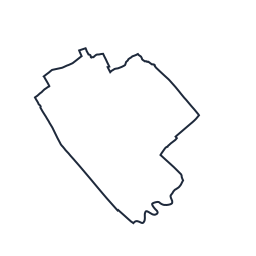 the district of Suceveni, Galati, Romania, rotated 63°
{"feature_id": "2599482B11072289553069", "entity_name": "Suceveni", "entity_type": "district", "adm_level": 2, "iso_a3": "ROU", "parent_name": "Romania", "parent_adm1": "Galati", "projection": "natural_earth1", "projection_center": [28.039, 45.986], "detail": "fine", "context": "isolated", "style": "outline", "palette": "slate", "viewbox_px": 256, "rotation_deg": 63, "n_neighbors": 0, "source": "geoboundaries", "source_scale": "gbopen_adm2", "svg_char_len": 4750}
<svg xmlns="http://www.w3.org/2000/svg" viewBox="0 0 256 256"><g transform="rotate(63 128 128)"><path d="M66.6,85.6L66.6,85.8L66.5,86.0L66.6,87.2L66.6,87.7L66.5,88.2L66.5,88.7L66.2,91.2L66.1,91.5L66.2,91.9L66.3,92.2L66.5,93.3L66.6,93.6L66.6,93.8L66.6,94.6L66.7,95.1L66.8,96.0L67.0,96.6L67.7,97.5L68.3,99.7L68.9,100.3L70.4,101.8L70.6,102.2L70.7,103.2L70.7,105.6L70.6,107.0L70.4,108.7L70.3,109.8L69.6,111.9L69.3,113.2L69.5,114.8L69.6,116.8L70.2,118.5L64.5,118.5L64.8,116.8L59.5,116.7L56.8,116.6L53.2,116.6L50.6,116.5L50.2,117.5L49.9,118.3L49.4,120.2L49.2,120.8L48.9,121.3L48.5,122.3L48.4,122.7L48.4,123.1L48.5,123.9L48.6,124.3L48.8,125.4L49.2,126.4L49.2,126.7L49.0,127.1L48.6,127.7L48.5,127.9L48.6,128.3L48.6,128.6L48.4,128.7L48.2,128.9L47.7,128.9L46.7,128.5L46.2,128.5L45.6,128.7L45.1,129.1L44.8,129.5L44.6,129.8L43.3,129.8L40.5,129.9L39.4,129.7L38.1,129.6L37.7,129.6L37.6,130.2L36.7,136.3L37.6,136.4L38.9,136.5L39.3,136.5L40.6,136.6L40.9,136.6L42.3,136.7L42.9,136.7L44.3,143.7L45.0,147.4L45.1,148.0L44.9,152.2L44.9,152.4L44.9,152.6L44.8,153.0L44.7,153.4L44.6,155.4L44.5,158.3L44.4,159.0L44.4,159.4L42.7,165.8L41.9,168.8L41.8,169.3L41.8,169.5L42.4,172.4L42.5,172.5L43.1,176.0L43.8,179.6L44.1,179.5L46.7,179.4L51.8,179.1L55.0,179.1L55.2,179.6L55.2,179.8L55.1,180.6L55.3,182.1L55.4,182.7L55.6,184.1L55.6,184.7L56.1,186.4L56.4,187.4L56.9,188.8L57.1,190.4L58.1,194.1L58.5,197.0L59.5,197.0L61.2,196.9L63.6,196.7L65.6,196.7L66.1,196.8L66.4,196.8L66.9,196.6L67.4,196.3L68.1,196.1L69.1,196.0L70.0,196.8L74.3,196.6L75.5,196.5L78.8,196.2L80.6,196.0L82.7,195.9L86.3,195.6L86.7,195.6L86.8,195.6L87.5,195.6L88.0,195.6L90.4,195.4L93.3,195.2L105.2,195.4L110.0,195.3L110.9,195.3L112.1,195.3L113.7,195.0L115.0,194.6L116.4,194.3L117.7,194.0L119.0,193.8L120.8,193.3L123.9,192.4L124.5,192.3L127.1,191.7L131.6,190.5L132.9,190.2L138.8,188.7L155.7,184.7L168.0,181.9L168.4,181.8L174.9,180.3L181.5,178.7L188.0,177.0L196.8,174.7L196.6,174.0L204.8,170.8L208.2,169.5L212.8,167.7L214.0,167.0L215.2,166.4L214.9,165.7L214.7,164.8L214.6,164.4L214.6,163.8L214.7,163.1L214.9,162.6L215.1,162.2L215.6,161.6L216.0,161.2L216.6,160.6L217.2,160.1L217.8,159.7L218.4,159.2L218.9,158.7L219.1,158.5L219.2,158.0L219.3,157.6L219.2,157.1L219.0,156.7L218.6,156.2L218.3,155.6L218.0,155.3L217.5,154.9L216.8,154.4L216.3,154.1L215.6,153.7L214.9,153.4L214.1,153.0L213.3,152.6L212.5,152.2L211.9,151.8L211.6,151.5L211.3,151.2L211.0,150.9L210.7,150.5L210.5,150.2L210.4,149.8L210.6,149.2L210.9,148.8L211.2,148.6L211.5,148.3L212.0,148.0L212.5,147.6L213.1,147.3L213.7,146.9L214.3,146.5L215.0,146.1L215.6,145.7L216.0,145.4L216.4,145.0L216.7,144.7L216.9,144.3L217.2,144.0L217.4,143.5L217.5,143.2L217.6,142.8L217.6,141.9L217.6,141.5L217.5,140.9L217.3,140.6L217.1,140.3L216.8,140.0L216.5,139.9L216.1,139.8L215.5,139.8L215.0,139.8L214.4,140.0L213.7,140.2L212.9,140.5L212.1,140.7L211.2,140.9L210.3,141.1L209.4,141.2L208.6,141.3L207.9,141.3L207.3,141.2L206.9,141.1L206.5,140.8L206.4,140.4L206.3,140.0L206.4,139.0L206.4,138.5L206.6,137.6L206.8,136.7L207.0,136.1L207.2,135.4L207.5,134.9L207.8,134.4L208.3,134.0L208.6,133.8L209.2,133.6L209.9,133.3L210.3,133.0L210.9,132.7L211.6,132.1L212.3,131.5L212.8,130.9L213.1,130.5L213.4,129.9L213.7,129.3L214.1,128.6L214.3,128.0L214.6,127.3L214.8,126.6L215.1,125.4L215.2,124.7L215.2,124.2L215.2,123.7L215.1,123.3L214.9,122.8L214.6,122.6L214.3,122.3L213.8,122.1L213.2,121.8L212.8,121.7L212.2,121.7L211.3,121.6L210.0,121.5L209.3,121.4L208.6,121.2L208.2,121.1L207.7,120.8L207.4,120.5L207.2,120.0L206.8,119.3L206.5,118.6L206.1,117.8L205.6,117.1L205.1,116.3L204.8,115.5L204.5,114.8L204.3,114.1L204.3,113.2L204.2,112.2L204.1,111.4L204.0,110.5L203.9,109.9L203.7,109.2L203.4,108.5L203.2,108.0L202.8,107.2L202.4,106.4L202.2,106.2L201.6,105.4L201.2,104.8L200.5,103.9L199.9,103.0L199.7,102.7L199.3,102.7L198.5,102.7L197.1,102.5L196.7,102.5L195.8,102.3L195.0,101.9L193.5,101.7L183.7,104.9L172.9,109.0L167.3,111.1L166.8,111.3L165.7,109.5L163.1,104.6L162.6,103.4L162.4,102.1L162.7,101.4L162.4,101.1L161.8,99.6L161.8,99.0L161.5,98.2L161.1,96.7L160.1,91.2L159.2,89.1L157.3,89.5L157.1,88.7L156.7,87.2L154.7,78.9L152.5,69.7L152.3,68.7L151.5,65.7L150.8,63.5L150.4,62.5L148.9,59.0L147.8,59.1L145.5,59.6L141.5,60.5L137.2,61.6L129.4,63.4L126.5,64.2L121.0,65.4L118.9,65.8L113.0,67.1L104.2,69.4L102.9,69.8L97.9,71.7L91.9,73.9L87.1,75.6L85.6,75.9L85.3,76.0L85.1,76.0L85.0,75.9L84.3,75.6L83.6,75.8L83.2,76.1L83.3,76.3L83.0,76.7L82.6,77.0L82.0,77.7L82.0,77.9L81.0,78.4L79.8,79.0L79.2,79.2L78.7,79.6L78.5,79.8L78.4,79.8L78.4,80.0L78.1,80.3L77.8,80.7L77.7,80.6L77.2,81.1L77.3,81.2L77.1,81.4L76.6,81.9L76.4,82.1L76.3,82.6L76.2,82.8L75.5,83.1L75.0,83.4L74.5,83.7L73.6,84.1L73.1,84.2L72.1,84.0L71.2,84.0L70.6,84.0L70.3,84.0L67.7,85.4L67.4,85.5L66.6,85.6Z" fill="none" stroke="#1e293b" stroke-width="2"/></g></svg>